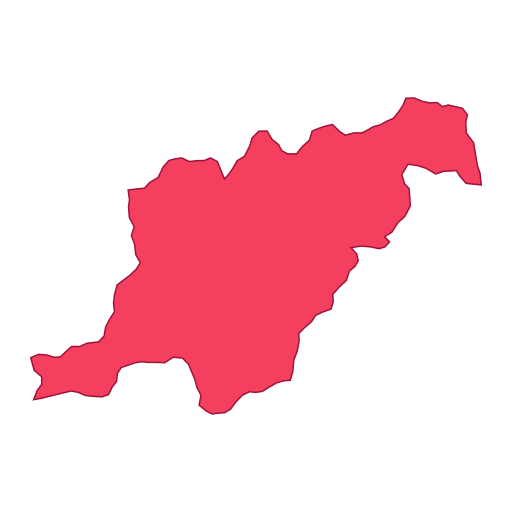 the district of Alto Jequitibá, Minas Gerais, Brazil
{"feature_id": "56859067B47347238536955", "entity_name": "Alto Jequitibá", "entity_type": "district", "adm_level": 2, "iso_a3": "BRA", "parent_name": "Brazil", "parent_adm1": "Minas Gerais", "projection": "robinson", "projection_center": [-41.949, -20.439], "detail": "fine", "context": "isolated", "style": "filled", "palette": "rose", "viewbox_px": 512, "rotation_deg": 0, "n_neighbors": 0, "source": "geoboundaries", "source_scale": "gbopen_adm2", "svg_char_len": 2256}
<svg xmlns="http://www.w3.org/2000/svg" viewBox="0 0 512 512"><path d="M481.3,185.0L480.0,173.3L477.4,165.6L473.6,142.9L466.3,132.9L465.7,121.9L467.5,115.0L462.5,108.3L448.2,105.0L442.4,106.6L437.1,102.5L430.2,102.9L422.1,101.3L414.2,98.0L405.9,98.2L403.0,105.3L399.3,110.9L393.6,118.2L386.3,121.5L380.2,124.9L373.2,126.7L367.9,129.9L362.0,132.9L353.9,132.9L345.3,135.2L339.9,131.7L332.4,124.5L323.7,126.6L318.0,128.6L312.1,131.2L309.4,140.2L302.4,146.5L296.5,153.9L287.7,153.9L281.7,150.6L278.6,144.6L272.1,139.5L267.1,131.0L258.8,131.2L252.1,138.0L249.6,146.2L244.5,156.3L237.2,160.7L232.8,168.4L228.7,174.3L224.5,179.0L221.0,170.6L217.4,161.6L210.5,157.9L204.5,160.5L196.9,160.7L189.2,161.5L181.6,157.9L174.9,158.9L168.9,160.5L163.2,167.0L158.0,177.6L149.8,182.4L144.5,188.2L136.2,189.0L128.1,190.0L129.5,199.6L128.5,207.0L129.4,217.6L134.2,226.7L131.4,235.6L134.6,244.3L135.8,254.6L140.3,262.7L136.2,269.3L129.5,275.6L122.8,280.6L117.1,285.0L114.5,294.8L113.5,303.0L114.5,311.7L109.5,319.4L105.6,327.1L104.1,336.0L98.7,341.8L86.9,343.3L79.6,346.5L71.6,346.5L65.0,352.4L60.6,356.8L54.5,357.3L46.6,355.0L38.6,354.3L30.7,357.7L34.2,370.4L41.7,376.7L41.7,384.4L37.3,390.3L33.6,399.7L42.5,398.0L53.3,395.3L62.2,393.1L71.3,391.0L78.4,392.4L85.1,395.4L93.5,396.4L101.8,396.8L108.5,394.7L112.1,387.3L116.5,381.4L117.4,373.4L121.2,367.5L127.7,365.3L135.0,362.8L141.9,361.7L148.0,362.4L156.1,362.4L164.7,362.7L173.0,357.3L182.5,358.0L188.6,364.5L191.2,370.8L194.6,378.8L197.2,388.0L201.0,395.3L199.1,405.2L206.4,411.1L212.1,414.0L218.2,413.2L224.7,412.7L230.5,409.2L235.6,402.3L242.3,395.3L249.6,391.7L255.6,392.4L262.4,391.4L267.7,388.0L276.6,382.8L284.1,380.7L290.3,380.3L292.8,371.3L293.8,360.1L297.3,351.0L299.1,340.8L298.8,333.4L304.6,327.6L311.5,321.7L315.6,315.4L322.4,312.1L331.0,309.1L333.2,301.8L332.8,294.3L339.2,287.1L346.4,280.3L349.3,271.1L354.9,266.4L358.2,260.9L356.7,253.9L351.0,247.6L361.2,246.1L370.7,246.9L379.2,248.7L384.9,246.9L389.6,241.9L384.6,236.7L391.9,232.1L397.9,222.7L405.0,216.2L410.3,205.9L409.7,196.7L409.1,188.6L404.6,183.9L401.8,174.7L407.9,164.2L417.6,165.6L426.3,168.4L435.8,174.0L443.5,171.3L450.1,171.0L456.4,170.6L460.0,176.4L466.1,183.4L474.2,184.2L481.3,185.0Z" fill="#f43f5e" stroke="#9f1239" stroke-width="1.5"/></svg>